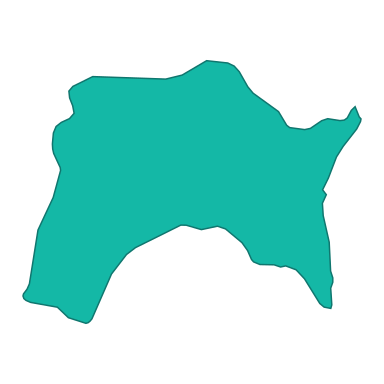 the border of Medio Campidano, rotated 180°
{"feature_id": "ITA-5372", "entity_name": "Medio Campidano", "entity_type": "Province", "adm_level": 1, "iso_a3": "ITA", "parent_name": "Italy", "parent_adm1": "", "projection": "orthographic", "projection_center": [8.697, 39.58], "detail": "fine", "context": "isolated", "style": "filled", "palette": "teal", "viewbox_px": 384, "rotation_deg": 180, "n_neighbors": 0, "source": "natural_earth", "source_scale": "10m", "svg_char_len": 1187}
<svg xmlns="http://www.w3.org/2000/svg" viewBox="0 0 384 384"><g transform="rotate(180 192 192)"><path d="M28.9,277.3L24.8,267.1L23.0,265.1L23.5,262.4L27.3,255.0L40.8,237.7L47.5,227.1L55.6,206.0L61.4,194.2L57.7,189.3L61.6,180.7L60.8,168.4L54.8,141.8L53.4,112.9L51.2,106.1L51.2,101.8L53.3,95.8L52.2,79.1L53.2,75.6L59.9,76.9L64.2,80.5L79.5,105.2L87.9,114.2L98.3,118.1L103.4,117.0L109.9,119.2L124.1,119.5L130.4,122.1L132.5,124.5L136.4,133.4L142.0,141.3L158.5,155.1L166.6,157.8L182.6,154.4L197.8,158.8L203.2,158.9L248.5,136.4L257.5,129.5L272.5,110.0L292.1,65.1L294.0,62.8L295.9,61.3L298.1,60.7L315.6,66.3L326.6,76.8L353.4,81.6L358.0,83.6L360.1,85.4L361.0,88.0L360.5,90.1L356.9,94.9L354.6,100.1L346.0,154.0L330.8,186.5L323.4,213.6L323.8,216.5L330.3,230.5L331.3,235.0L331.6,240.0L330.6,251.0L327.9,257.5L322.7,261.6L314.5,265.4L309.9,270.7L311.3,278.2L314.4,286.1L315.1,292.9L311.1,297.6L291.3,307.4L218.3,304.9L201.9,308.9L177.4,323.3L156.2,321.0L149.8,317.9L144.7,312.2L136.2,297.2L130.9,290.8L105.5,272.4L97.3,258.7L94.3,256.4L79.3,254.4L73.6,255.6L62.3,263.3L56.3,265.3L44.0,263.4L39.7,263.9L36.7,266.1L32.7,273.6L28.9,277.3Z" fill="#14b8a6" stroke="#0f766e" stroke-width="1.5"/></g></svg>